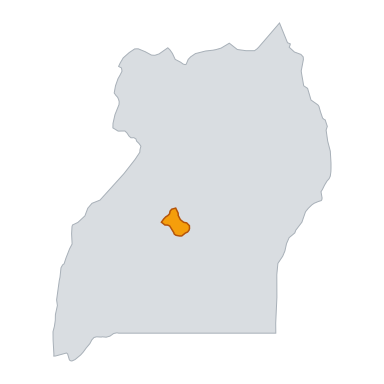 Kiboga on a map of Uganda (Natural Earth projection)
{"feature_id": "UGA-3089", "entity_name": "Kiboga", "entity_type": "District", "adm_level": 1, "iso_a3": "UGA", "parent_name": "Uganda", "parent_adm1": "", "projection": "natural_earth1", "projection_center": [31.973, 0.869], "detail": "fine", "context": "in_parent", "style": "filled", "palette": "amber", "viewbox_px": 384, "rotation_deg": 0, "n_neighbors": 0, "source": "natural_earth", "source_scale": "10m", "svg_char_len": 2633}
<svg xmlns="http://www.w3.org/2000/svg" viewBox="0 0 384 384"><path d="M275.8,333.2L270.2,333.2L261.1,333.2L252.0,333.2L242.9,333.2L233.7,333.2L224.6,333.2L215.5,333.2L206.4,333.2L197.2,333.2L188.1,333.2L179.0,333.2L169.9,333.2L160.7,333.2L151.6,333.2L142.5,333.2L133.4,333.2L124.2,333.2L118.8,333.2L117.8,333.0L117.0,332.8L113.6,333.5L110.0,336.1L106.2,337.2L102.2,336.8L101.7,337.0L99.6,337.0L96.6,336.8L94.0,337.5L91.9,339.8L89.8,343.7L86.1,348.1L83.2,352.1L80.7,354.9L75.0,359.6L71.9,361.0L70.4,360.7L69.4,359.9L67.6,353.9L66.5,353.0L55.5,356.0L53.8,356.1L53.9,354.2L53.1,340.3L53.0,331.7L54.4,326.4L55.3,320.2L55.4,314.7L57.4,305.5L56.6,299.9L59.3,280.4L60.0,277.2L61.0,267.8L62.6,264.9L64.1,263.8L66.0,258.0L69.6,248.8L72.1,244.0L71.6,233.7L72.0,226.6L72.5,225.0L77.9,222.4L84.9,215.9L87.8,208.2L92.0,203.3L100.0,200.1L123.9,173.7L135.0,159.5L139.8,152.3L140.0,149.6L140.9,146.2L139.0,143.5L136.6,141.1L135.9,138.9L133.9,137.7L131.0,137.8L129.1,136.2L127.0,133.0L124.9,131.0L118.1,131.1L112.9,127.9L113.0,123.4L115.0,114.6L119.0,104.6L119.2,101.8L118.6,99.5L117.7,97.4L115.9,95.4L114.2,93.0L115.5,85.8L118.0,78.7L120.0,75.2L122.0,71.2L121.5,68.0L118.6,66.4L120.1,63.2L123.2,57.9L129.3,52.5L134.7,48.9L138.2,48.8L145.2,51.7L151.5,55.1L154.9,55.3L159.1,53.9L167.8,47.8L169.9,49.8L172.4,53.4L175.2,59.4L180.6,62.2L183.2,64.1L185.1,64.6L186.2,64.2L188.2,59.4L190.7,56.8L195.4,53.6L205.6,51.0L212.9,50.2L216.0,49.6L221.1,48.1L229.3,43.2L237.3,49.5L246.1,50.7L254.5,50.7L257.1,48.8L258.6,47.3L267.5,37.0L279.5,23.0L287.5,42.7L290.3,43.9L289.9,45.6L289.2,47.2L294.4,52.0L300.9,54.4L303.2,56.9L303.4,59.5L301.2,71.0L301.7,74.3L303.7,85.8L307.6,88.4L311.0,100.0L317.9,104.9L318.9,106.3L320.5,111.9L322.6,118.1L324.2,119.5L325.2,119.9L327.3,126.4L326.1,130.1L327.7,141.2L330.3,151.2L331.0,163.1L331.0,168.3L330.9,171.6L330.3,176.1L329.1,178.7L326.9,181.2L324.5,185.2L322.4,189.5L321.0,191.7L322.1,198.1L321.8,199.8L321.2,200.6L318.1,201.6L314.1,203.3L311.7,205.0L308.3,208.3L305.5,211.8L301.9,222.2L295.8,230.2L294.8,232.9L289.1,237.7L286.5,243.7L284.9,251.0L282.7,256.2L277.9,263.4L276.8,274.7L276.9,297.3L275.7,323.1L275.8,333.2Z" fill="#d9dde1" stroke="#a8b0b8" stroke-width="1"/><path d="M187.6,232.0L185.3,233.1L182.8,235.1L181.8,235.9L179.8,236.0L177.0,235.5L175.8,235.2L175.2,234.7L174.5,234.3L174.0,233.6L173.9,232.8L169.7,226.0L167.7,225.1L164.9,225.0L161.4,222.2L163.7,219.0L165.7,216.9L167.9,215.5L169.5,213.9L170.1,211.1L171.7,209.2L175.7,208.1L178.1,213.0L178.2,214.1L178.2,215.4L180.4,219.7L183.7,222.3L186.7,222.9L189.4,225.7L189.5,228.6L189.0,230.2L187.6,232.0Z" fill="#f59e0b" stroke="#b45309" stroke-width="1.5"/></svg>